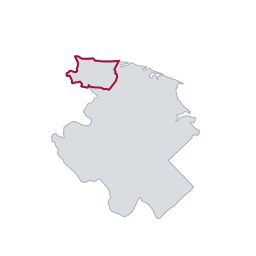 Gabon, with Nyanga highlighted, rotated 136°
{"feature_id": "GAB-2623", "entity_name": "Nyanga", "entity_type": "Province", "adm_level": 1, "iso_a3": "GAB", "parent_name": "Gabon", "parent_adm1": "", "projection": "natural_earth1", "projection_center": [11.138, -3.095], "detail": "fine", "context": "in_parent", "style": "outline", "palette": "rose", "viewbox_px": 256, "rotation_deg": 136, "n_neighbors": 0, "source": "natural_earth", "source_scale": "10m", "svg_char_len": 4958}
<svg xmlns="http://www.w3.org/2000/svg" viewBox="0 0 256 256"><g transform="rotate(136 128 128)"><path d="M169.6,43.7L169.5,45.6L167.6,50.5L166.7,54.2L166.4,58.2L167.0,61.4L167.9,63.7L168.5,66.2L168.0,67.9L167.1,68.6L167.8,69.5L169.2,69.7L171.6,69.0L175.3,67.6L180.1,65.7L183.3,64.7L188.5,65.3L191.4,66.1L192.8,67.4L194.3,73.1L195.1,74.0L196.4,76.4L197.5,79.3L197.7,80.8L197.6,81.9L196.5,83.5L195.3,85.8L194.9,87.2L193.9,88.2L192.6,89.3L189.1,89.7L188.5,90.3L187.6,92.7L185.7,94.8L184.9,96.8L184.1,99.5L184.3,102.7L183.9,107.4L183.5,110.6L184.4,111.7L188.6,112.5L189.5,113.1L190.6,115.1L192.0,117.0L195.8,118.1L197.3,119.5L198.5,121.1L198.7,122.4L197.8,127.5L197.0,132.4L197.3,136.1L197.6,139.7L198.1,144.9L197.9,148.0L196.8,150.0L196.8,151.5L197.3,153.3L196.3,158.4L195.7,159.2L194.0,160.2L193.1,161.5L192.8,163.7L191.9,166.6L190.9,167.6L190.9,169.0L191.8,170.0L191.8,171.5L190.1,173.3L189.1,174.7L186.8,175.4L184.1,174.7L183.5,173.7L184.2,172.1L183.9,170.8L183.0,169.5L181.6,166.1L180.4,165.4L179.7,166.8L177.6,169.4L173.8,172.7L171.2,172.9L166.3,171.9L162.3,170.4L160.3,166.5L159.1,163.3L157.4,159.5L155.4,157.8L153.4,156.7L152.4,156.6L149.5,158.6L148.6,159.5L148.6,161.2L148.8,162.8L149.3,163.6L149.7,164.7L149.6,166.3L149.1,168.4L148.9,170.8L139.6,173.2L137.9,172.3L136.8,171.2L135.4,171.4L131.3,172.7L129.8,171.8L128.3,171.2L127.7,171.7L127.6,172.7L128.3,178.3L128.1,180.5L127.1,183.3L126.7,185.2L129.2,185.7L130.0,186.6L130.9,188.0L132.1,189.3L132.2,190.1L130.8,191.6L130.4,193.4L131.0,194.8L132.7,196.3L135.2,197.8L136.4,198.8L136.2,199.7L135.1,201.7L134.7,203.3L133.9,204.8L134.0,206.2L135.2,207.5L135.0,208.6L134.3,209.5L132.8,209.3L131.5,209.5L130.3,209.1L126.6,204.7L125.9,204.5L120.6,207.9L119.3,209.4L118.2,211.4L116.7,215.7L114.3,213.2L112.2,208.5L109.8,205.7L104.7,201.1L103.4,197.7L97.6,190.2L89.2,182.7L83.2,176.2L82.3,174.7L83.3,174.9L89.1,178.1L89.9,177.8L90.6,177.0L88.1,175.3L85.6,174.0L83.4,173.2L81.1,173.2L79.9,171.9L79.0,169.8L78.6,168.0L77.6,166.1L74.4,162.3L73.6,160.8L71.9,158.7L73.0,158.5L76.4,160.4L76.7,159.6L76.4,158.5L73.0,156.6L71.1,156.5L70.6,155.2L70.9,153.7L68.4,148.1L65.9,143.9L65.5,141.9L72.4,151.1L73.3,151.2L74.5,151.1L77.4,150.1L76.8,148.9L75.5,147.6L74.3,148.2L72.7,148.3L71.8,147.8L71.4,146.8L73.1,142.4L72.4,142.6L71.8,143.4L70.9,143.8L69.6,144.0L66.2,141.6L63.2,135.2L62.4,133.9L61.6,131.6L60.8,130.7L57.3,121.6L58.6,122.3L60.2,124.9L63.3,124.4L64.5,122.8L65.5,122.9L66.6,122.5L67.9,121.1L71.8,114.8L72.9,106.5L72.5,101.6L72.0,96.7L73.3,95.1L73.8,96.2L74.0,97.9L74.6,99.2L76.0,100.3L78.6,100.6L82.6,102.5L84.1,103.6L84.5,101.3L89.1,99.3L87.7,98.6L83.6,99.4L77.9,96.5L76.1,94.6L74.3,91.1L72.5,89.2L72.6,87.6L76.7,86.0L77.8,86.2L78.2,88.0L79.3,88.8L79.7,88.5L79.9,87.0L79.9,82.8L78.7,76.8L79.0,75.6L80.1,75.2L81.1,74.4L81.8,74.3L83.2,74.4L83.9,75.8L84.2,76.6L85.6,76.9L86.8,77.7L87.7,77.5L88.5,76.6L89.7,76.4L93.4,76.4L96.8,76.5L103.4,76.5L110.1,76.5L116.7,76.5L121.7,76.6L121.7,73.1L121.7,67.8L121.6,61.6L121.6,55.6L121.6,50.1L121.6,43.5L121.8,41.6L122.2,40.8L122.0,39.8L127.2,39.7L136.5,40.2L140.6,40.1L141.7,40.2L146.8,39.9L150.9,40.3L152.7,40.7L154.3,41.0L159.2,41.2L165.7,40.9L167.8,41.0L169.1,41.9L169.6,43.7Z" fill="#d9dde1" stroke="#a8b0b8" stroke-width="1"/><path d="M126.6,184.3L126.4,185.4L126.5,186.0L126.9,185.9L127.9,185.1L128.6,184.9L129.1,185.1L129.5,185.6L130.3,187.0L132.2,189.3L132.6,190.0L132.6,190.6L132.0,191.0L131.4,191.1L131.1,191.0L130.8,191.2L130.5,191.9L130.4,192.4L130.3,194.4L130.3,194.5L130.5,194.9L130.7,195.0L132.1,195.7L132.6,196.1L133.6,197.0L134.5,197.5L135.7,197.9L136.6,198.4L136.9,199.3L136.5,199.9L135.5,200.8L135.2,201.5L133.8,205.3L133.7,206.0L133.9,206.6L134.4,206.9L135.0,207.1L135.5,207.4L135.7,208.0L135.5,208.7L135.0,209.2L134.5,209.7L134.1,209.9L133.6,209.9L132.2,209.4L131.7,209.4L130.3,209.6L129.8,209.4L129.4,208.9L127.5,205.2L126.5,204.4L125.3,204.2L124.6,204.7L124.2,205.6L123.6,206.4L122.7,206.8L121.7,207.0L120.9,207.6L120.2,208.3L119.4,208.9L118.7,209.5L118.3,210.4L116.7,215.5L116.3,216.3L115.8,216.0L115.2,215.5L114.0,214.1L113.7,212.3L113.4,211.8L113.3,211.2L113.2,210.7L113.1,210.0L112.6,209.4L111.8,208.7L108.8,205.7L104.9,202.6L104.7,201.3L104.7,200.9L104.8,200.4L104.9,199.8L104.8,199.2L104.6,198.7L104.2,198.3L103.7,198.0L103.0,197.3L102.6,197.1L102.5,196.6L101.6,195.4L101.2,194.9L100.8,194.4L100.1,193.6L97.5,191.1L94.4,188.2L93.2,187.1L90.0,184.4L88.5,182.9L88.1,182.6L89.0,182.3L96.3,179.8L96.8,179.8L97.0,179.7L97.2,179.3L97.4,179.0L97.6,177.8L97.6,177.5L97.8,177.2L98.1,176.9L98.5,176.6L98.8,176.4L99.1,176.4L99.2,176.2L99.3,176.0L99.2,175.8L98.9,175.2L98.8,174.9L98.9,174.6L99.0,174.3L99.3,173.8L99.6,173.1L100.4,172.3L103.9,170.3L114.5,168.7L114.9,168.8L115.1,168.9L115.4,169.2L115.6,169.4L115.7,169.7L115.8,170.0L115.8,170.3L115.9,170.6L116.0,170.8L116.2,171.0L118.2,172.5L118.4,172.7L118.5,173.0L119.0,175.0L119.6,175.7L121.0,177.6L122.9,179.4L124.9,181.7L126.6,184.3L126.6,184.3Z" fill="none" stroke="#9f1239" stroke-width="2"/></g></svg>